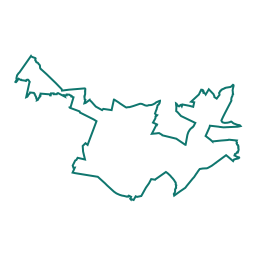 the district of Cuapiaxtla, Tlaxcala, Mexico
{"feature_id": "50627088B23479789488100", "entity_name": "Cuapiaxtla", "entity_type": "district", "adm_level": 2, "iso_a3": "MEX", "parent_name": "Mexico", "parent_adm1": "Tlaxcala", "projection": "mercator", "projection_center": [-97.773, 19.339], "detail": "fine", "context": "isolated", "style": "outline", "palette": "teal", "viewbox_px": 256, "rotation_deg": 0, "n_neighbors": 0, "source": "geoboundaries", "source_scale": "gbopen_adm2", "svg_char_len": 5591}
<svg xmlns="http://www.w3.org/2000/svg" viewBox="0 0 256 256"><path d="M197.2,172.6L197.7,171.7L199.4,169.4L199.8,169.0L202.8,168.5L206.9,168.3L208.1,167.8L211.7,165.8L226.1,155.2L228.2,156.9L233.1,161.1L233.9,159.6L234.1,159.5L235.3,159.1L238.0,158.5L238.5,158.3L239.2,157.7L239.1,157.4L237.0,156.8L236.4,156.5L235.1,155.7L234.5,155.5L234.9,154.2L235.1,153.9L235.6,153.8L236.8,153.0L237.0,152.3L237.4,151.9L237.9,152.2L238.3,151.0L238.4,150.4L238.6,149.9L238.6,149.7L238.6,149.3L238.4,148.8L238.5,148.4L238.2,147.9L238.5,147.1L238.2,146.8L238.2,146.3L238.3,146.1L238.1,145.2L237.4,144.9L237.1,144.6L237.1,144.3L236.6,143.5L237.0,142.8L237.0,142.6L236.4,141.7L236.4,141.4L236.5,141.1L236.8,140.5L228.9,139.7L228.0,140.0L220.5,140.6L214.9,141.2L212.4,141.4L212.4,141.5L210.4,139.7L205.6,136.0L209.5,127.3L209.9,125.7L218.7,126.7L219.6,126.9L223.1,127.3L224.5,127.3L237.8,126.7L240.6,126.1L240.2,125.6L239.7,125.2L237.3,124.8L233.6,123.4L233.0,123.0L232.0,122.1L231.3,121.6L230.6,121.7L229.7,122.2L227.5,122.7L224.8,122.9L223.0,122.5L222.0,121.8L221.7,121.2L221.4,120.5L222.9,117.2L224.8,113.4L231.4,100.7L231.4,100.4L231.2,99.9L231.5,97.9L231.9,96.9L232.4,96.0L232.6,95.1L232.7,94.3L233.1,94.1L232.8,92.5L232.8,91.7L232.6,90.5L232.7,89.8L232.9,88.5L233.3,87.0L233.6,85.8L233.5,85.3L233.4,85.0L233.0,84.8L231.0,86.7L230.3,87.0L225.9,87.7L225.1,88.1L224.6,88.1L224.3,88.3L224.1,88.5L223.8,88.8L222.9,89.0L222.7,89.2L221.6,89.6L221.3,90.3L220.9,90.4L220.6,90.7L220.4,91.1L220.0,91.3L219.7,92.2L219.2,92.7L219.1,93.2L219.5,94.1L219.5,94.9L219.1,95.4L216.7,98.6L214.4,97.1L214.2,95.6L213.9,95.2L213.5,94.2L208.8,89.3L205.7,94.5L205.3,93.8L204.8,93.4L203.6,92.9L203.9,92.3L203.8,92.1L203.4,91.8L203.2,91.9L202.9,91.5L203.1,91.4L203.3,91.5L203.5,91.2L203.3,90.6L202.7,90.0L202.3,89.8L201.2,89.7L198.9,94.5L191.1,101.7L194.2,102.3L193.2,106.8L188.9,105.7L182.5,104.5L181.8,106.3L181.4,105.6L181.4,105.0L181.2,104.8L180.6,104.9L180.2,105.2L179.3,106.3L179.2,106.3L178.9,106.3L178.4,106.1L177.1,104.7L176.5,103.7L176.0,103.4L176.2,105.6L176.4,106.8L176.2,111.1L177.2,111.9L177.6,112.2L181.0,116.0L195.3,122.9L193.6,126.2L192.8,127.1L192.7,127.0L191.9,127.7L190.4,129.0L189.5,130.2L188.3,132.2L187.4,134.9L185.6,144.8L185.3,144.8L184.7,144.4L176.3,138.7L162.3,135.3L162.0,134.8L159.1,133.1L157.6,133.2L156.5,133.4L154.1,133.6L151.8,133.8L153.6,130.4L156.3,125.0L156.8,125.2L157.1,124.5L153.0,122.6L155.3,118.5L155.5,117.6L155.5,116.5L156.2,116.1L156.5,115.7L157.0,115.5L157.2,115.2L156.0,114.9L155.0,113.5L155.3,113.0L155.4,112.4L155.8,111.3L156.0,110.7L156.7,109.1L156.8,108.1L157.2,107.3L157.4,106.0L157.6,105.3L157.8,105.1L158.5,104.7L159.5,103.2L160.0,101.1L160.0,100.8L159.5,100.9L156.5,102.2L155.7,102.7L154.7,103.6L154.2,103.8L152.6,104.6L151.3,105.0L150.0,105.1L148.9,105.1L147.9,105.5L146.9,105.7L145.2,105.4L142.1,104.0L140.9,103.8L139.9,103.8L133.1,106.1L129.6,107.1L127.9,107.2L126.3,107.5L125.4,107.0L119.6,103.2L119.0,102.7L118.6,102.4L114.2,99.6L113.9,99.6L113.1,103.3L111.6,110.1L103.3,108.9L102.1,110.1L95.8,106.6L93.9,104.5L91.7,102.0L90.7,101.0L90.4,100.8L89.8,100.1L89.7,99.8L85.5,103.0L84.4,103.3L85.4,99.8L84.7,99.4L84.6,98.2L84.6,97.9L84.4,97.1L84.5,96.6L84.4,96.5L84.4,96.2L84.7,96.0L84.7,95.3L84.9,95.1L85.2,93.9L85.1,93.5L85.2,92.0L85.0,91.8L85.2,91.2L85.1,90.5L85.3,90.1L85.3,89.2L85.3,88.9L85.0,88.5L84.6,88.4L68.9,89.7L62.0,90.6L61.7,89.2L55.7,83.0L46.6,74.2L41.4,69.5L41.1,69.4L40.8,68.9L40.4,68.6L40.2,68.2L40.1,67.7L39.9,65.6L39.4,64.6L38.7,64.1L38.1,63.1L37.1,62.4L36.6,62.4L36.2,62.0L35.9,61.3L35.8,60.8L35.3,60.4L35.2,59.8L35.6,58.8L35.6,58.4L35.3,58.1L34.8,57.9L32.8,57.2L31.3,56.5L31.0,56.0L19.4,72.5L18.6,73.2L17.1,75.3L16.5,77.8L16.4,78.4L16.6,79.1L16.6,79.7L16.0,80.9L15.4,81.9L15.9,82.2L16.0,82.2L17.3,80.7L17.6,80.3L17.9,79.4L18.0,79.4L18.5,78.7L20.7,79.9L21.2,79.8L21.3,80.1L24.8,80.6L26.0,81.0L26.3,80.7L26.2,80.2L26.5,79.9L26.8,79.8L27.5,79.7L28.0,79.7L28.2,79.8L28.5,80.1L29.7,81.9L29.5,82.1L26.2,97.2L27.3,96.7L27.7,96.2L28.0,95.3L29.9,93.2L30.1,92.5L33.9,92.9L34.1,93.3L34.6,93.7L34.6,94.2L34.8,94.4L34.9,94.9L35.3,95.3L35.5,96.1L36.0,96.7L36.1,97.4L36.4,97.9L36.3,98.6L36.6,98.8L36.8,99.1L37.0,99.8L36.9,100.3L37.8,99.9L38.6,98.4L38.8,97.9L39.4,97.5L39.6,96.9L40.1,96.5L40.0,96.4L39.7,96.3L39.6,96.1L39.9,95.7L40.4,95.4L40.5,95.3L40.5,95.1L40.1,95.0L40.1,94.8L40.6,94.2L40.6,93.6L47.8,94.2L50.5,94.3L50.3,94.8L50.0,95.2L50.1,95.4L50.7,95.4L51.0,93.4L53.7,93.4L53.8,94.2L56.8,94.2L56.9,93.9L57.1,93.5L57.4,93.3L58.0,93.1L64.8,96.6L64.2,95.2L66.3,95.4L66.6,95.4L66.6,95.1L66.8,94.9L66.8,94.5L67.2,94.5L69.4,94.7L69.6,95.0L71.5,95.8L71.3,96.5L73.5,97.3L70.6,107.1L69.6,107.4L69.7,107.6L70.2,107.9L79.6,111.4L79.7,111.5L79.9,112.5L93.6,119.4L96.5,121.2L87.6,144.9L85.5,143.2L82.7,146.0L83.1,151.6L85.0,159.5L77.6,157.8L76.4,159.9L75.2,160.5L72.7,165.6L73.4,167.7L74.8,167.6L72.6,172.6L74.9,173.1L97.8,176.8L104.9,183.2L107.2,185.5L114.0,191.7L116.3,193.3L117.3,193.8L119.8,194.9L122.1,195.6L123.9,195.9L127.0,196.7L127.3,196.4L127.5,196.5L128.3,196.6L128.9,195.7L131.1,196.8L130.2,198.7L131.0,199.6L131.2,199.1L133.6,200.0L135.7,196.3L137.0,196.9L141.3,196.0L145.9,187.7L149.0,183.3L151.2,179.1L155.1,179.7L155.3,179.4L165.9,172.0L167.6,173.2L170.3,175.7L171.6,177.3L172.6,178.3L174.1,180.2L175.3,182.2L175.5,182.3L175.8,183.1L175.7,184.5L175.8,184.8L176.3,185.2L176.3,185.5L176.1,185.8L176.0,186.2L176.1,187.7L176.1,188.0L175.9,188.2L175.5,188.4L175.4,189.0L175.1,189.4L175.1,191.5L174.8,192.5L173.8,194.0L174.2,195.6L180.0,191.4L185.3,187.8L186.9,185.7L192.7,178.6L194.1,177.1L196.4,173.6L197.2,172.6Z" fill="none" stroke="#0f766e" stroke-width="2"/></svg>